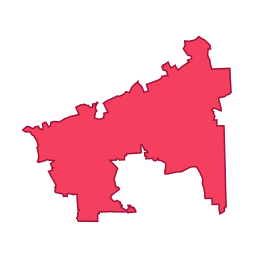 Laucienes pag., Talsi, Latvia, rotated 5°
{"feature_id": "27541924B31657223934984", "entity_name": "Laucienes pag.", "entity_type": "district", "adm_level": 2, "iso_a3": "LVA", "parent_name": "Latvia", "parent_adm1": "Talsi", "projection": "albers", "projection_center": [22.805, 57.249], "detail": "fine", "context": "isolated", "style": "filled", "palette": "rose", "viewbox_px": 256, "rotation_deg": 5, "n_neighbors": 0, "source": "geoboundaries", "source_scale": "gbopen_adm2", "svg_char_len": 5805}
<svg xmlns="http://www.w3.org/2000/svg" viewBox="0 0 256 256"><g transform="rotate(5 128 128)"><path d="M23.4,139.0L24.0,139.6L25.3,140.5L26.1,140.7L27.7,140.7L29.0,140.5L29.8,140.5L30.5,140.6L31.3,141.0L31.8,141.4L32.4,142.6L32.8,143.0L33.3,143.3L34.6,143.9L35.3,144.4L36.1,145.9L38.0,148.2L38.8,149.8L39.6,152.3L40.3,153.5L39.0,155.7L39.5,156.5L41.3,162.6L41.4,163.9L41.6,164.6L41.5,166.5L41.0,168.2L40.7,169.4L42.0,170.1L49.0,167.4L50.4,166.4L52.5,167.0L54.8,166.8L57.0,167.0L56.2,167.8L53.9,170.5L54.2,171.0L54.6,171.8L55.3,173.1L55.6,173.5L56.8,174.0L56.3,174.6L55.9,174.8L55.8,175.3L56.5,176.6L53.7,177.7L52.6,178.0L55.6,182.9L58.8,187.4L61.6,192.0L60.5,192.8L60.6,193.9L60.9,195.3L60.8,197.0L60.7,197.4L61.4,198.5L67.1,199.1L67.5,199.0L68.3,199.6L69.7,199.9L70.0,200.8L69.4,201.4L69.6,201.8L71.5,201.4L73.4,201.4L73.1,199.0L75.1,198.4L78.0,198.8L79.7,199.3L80.5,198.4L83.0,198.8L83.7,204.0L85.3,213.9L86.5,213.7L85.4,216.8L85.5,221.2L84.8,222.2L86.7,225.1L105.9,223.7L105.3,216.2L105.5,216.0L106.9,215.7L106.9,215.4L106.4,214.4L107.1,213.8L108.7,213.7L109.4,214.3L109.9,213.5L111.4,213.6L113.8,213.4L117.6,212.8L123.0,212.6L134.3,211.7L135.0,211.7L135.4,212.5L136.6,212.0L137.5,211.8L143.1,211.0L142.6,209.2L142.0,208.8L141.6,207.7L140.9,207.6L140.7,207.5L140.8,207.0L140.6,206.9L140.5,207.1L140.3,206.9L140.2,207.1L139.8,207.0L139.8,206.9L139.5,207.0L139.4,207.0L139.5,206.9L139.4,206.9L139.3,207.0L139.0,206.9L139.0,206.6L138.5,206.5L138.5,206.3L138.4,206.2L138.1,206.2L137.9,206.1L137.5,206.0L137.5,205.9L137.4,205.9L137.5,205.6L137.4,205.5L137.2,205.5L136.8,205.4L136.8,205.2L136.5,205.5L136.3,205.3L136.2,205.4L135.9,205.3L135.9,205.0L135.7,205.0L135.8,205.1L135.7,205.3L135.5,205.2L135.3,205.3L135.2,205.1L134.7,205.2L135.3,205.9L135.4,208.2L134.1,209.8L132.6,209.9L127.7,207.2L127.8,207.2L128.0,206.8L128.0,206.7L128.4,206.7L128.8,206.4L128.7,206.3L129.0,206.1L129.0,205.8L126.6,203.7L127.1,203.0L126.1,202.3L124.1,201.4L123.7,201.1L120.5,202.5L119.5,201.9L117.3,199.6L116.9,198.5L117.2,196.8L120.5,193.6L124.8,189.8L124.4,189.2L124.4,188.9L124.2,188.6L123.6,187.8L121.2,188.1L118.5,179.5L118.8,178.9L121.1,169.3L121.2,169.1L112.8,161.8L119.0,161.0L119.1,159.7L119.9,159.6L120.8,159.6L121.7,160.0L121.9,160.6L127.2,160.0L127.2,156.0L128.9,155.5L128.7,153.9L141.6,151.9L142.8,151.6L143.4,151.1L143.3,149.9L143.1,149.9L142.7,147.4L142.7,147.0L142.1,144.0L143.4,143.4L145.4,147.0L146.1,147.0L146.4,148.6L148.2,148.3L148.7,149.3L149.3,149.6L149.7,150.0L150.0,150.6L146.7,151.1L147.2,154.4L148.6,154.3L148.8,154.8L148.4,156.9L148.5,157.1L155.4,156.2L156.2,158.0L157.1,158.3L158.7,158.1L160.3,156.2L160.2,155.5L160.7,155.5L161.2,157.5L163.2,157.4L166.0,158.6L166.5,158.7L167.7,159.2L169.0,160.6L168.9,161.4L168.9,163.5L168.8,166.3L168.4,166.9L168.5,168.2L168.8,168.6L168.8,170.5L172.4,170.1L174.1,169.4L180.2,167.6L185.4,166.8L192.9,161.9L194.9,161.1L198.8,160.7L199.9,160.8L200.2,161.6L200.5,161.9L201.4,163.0L203.6,166.2L205.1,169.0L205.8,169.9L206.8,172.0L207.0,173.1L207.0,173.7L206.9,175.0L206.9,176.5L207.0,177.0L207.7,178.8L208.2,179.7L208.9,181.3L209.5,183.9L210.0,185.6L210.4,187.3L210.3,189.1L211.0,191.5L217.8,190.8L218.5,196.9L225.3,196.1L226.0,202.3L226.3,202.4L226.9,205.4L229.4,204.1L229.7,203.5L231.2,202.6L231.1,201.2L231.3,200.4L230.7,199.5L231.4,198.8L231.9,198.7L231.9,197.5L232.6,197.6L231.3,186.4L231.1,185.2L228.2,159.2L223.4,117.4L216.4,118.2L216.0,114.1L215.9,114.0L215.8,112.2L212.6,112.6L213.5,109.0L211.6,105.4L212.0,104.5L211.2,104.0L210.0,103.4L210.5,101.5L212.9,100.8L219.2,102.9L219.4,101.5L216.7,93.8L216.5,93.6L216.6,93.4L216.0,91.8L215.6,90.4L215.9,90.0L216.6,89.7L216.9,89.7L221.7,88.3L223.0,86.5L225.8,85.7L226.8,84.5L227.6,83.7L225.8,71.0L225.7,70.9L225.2,67.1L224.9,65.0L225.0,64.9L224.2,59.7L206.4,62.0L204.3,56.8L203.6,53.2L201.1,49.0L200.9,44.8L201.1,42.5L203.4,42.0L203.1,41.0L202.6,39.0L202.5,38.6L202.3,38.2L201.4,37.6L201.5,37.5L196.3,33.5L192.5,31.9L191.2,31.0L190.9,30.9L190.1,31.0L189.9,31.7L189.3,32.5L187.3,34.2L186.4,34.7L181.8,36.1L180.5,36.3L176.9,36.3L177.0,37.8L177.5,38.9L177.7,39.3L177.7,39.9L177.2,42.1L176.2,44.3L181.1,50.0L182.1,50.5L182.7,50.3L184.0,50.6L184.8,51.3L185.3,52.2L185.2,52.8L184.3,54.1L183.3,54.4L181.4,55.1L181.8,55.9L183.2,57.1L182.9,57.4L182.2,57.5L177.3,61.4L174.9,63.9L172.9,65.8L171.5,64.3L170.8,64.0L170.7,63.8L170.6,63.2L169.7,61.4L165.5,64.4L162.1,58.8L160.2,60.6L157.4,62.4L157.9,62.8L156.4,64.1L158.1,67.3L160.7,67.5L161.4,68.1L162.5,70.5L162.8,71.5L162.7,71.5L163.1,72.2L157.5,73.5L156.7,75.6L156.8,75.7L153.9,77.7L149.1,80.0L142.6,83.0L144.6,87.9L145.2,89.3L140.8,91.0L140.3,89.9L139.9,88.8L138.8,87.0L138.2,85.7L137.0,84.5L134.7,82.9L134.2,82.0L134.1,81.1L133.9,80.7L133.8,81.0L130.9,83.8L130.1,84.9L129.2,85.6L128.1,87.6L127.6,89.0L127.2,89.7L126.8,91.5L126.4,92.6L122.7,92.0L122.2,93.1L120.4,95.1L116.7,97.1L114.3,97.1L112.6,98.3L104.0,103.2L102.0,104.8L101.3,105.5L101.6,105.6L106.6,114.2L102.7,115.3L103.1,117.5L102.7,118.5L102.6,119.9L102.8,120.2L98.8,121.9L93.7,120.9L94.2,115.6L94.7,114.5L95.5,113.5L94.4,112.7L94.3,112.2L94.1,111.5L93.8,109.5L93.9,108.4L94.2,108.6L95.6,105.3L95.1,105.0L94.4,105.6L93.7,106.6L93.4,107.2L91.6,106.7L91.4,106.8L90.9,107.3L90.7,108.3L91.2,109.7L90.2,110.8L88.2,110.4L87.6,110.4L86.5,109.2L86.4,108.9L85.6,109.2L82.6,108.2L82.2,108.4L81.4,108.3L81.1,109.1L79.0,109.0L74.3,111.8L74.5,112.3L75.3,114.0L77.3,117.5L78.1,118.6L77.9,118.9L68.4,122.0L67.1,123.0L64.4,124.2L64.2,124.1L61.2,126.6L58.8,128.0L53.9,127.9L53.4,128.0L51.8,128.9L50.8,128.9L50.6,132.5L50.0,132.8L49.1,133.5L48.6,133.7L45.8,129.5L44.4,129.8L42.9,130.8L42.3,131.4L43.5,135.0L42.6,137.2L41.1,136.7L39.3,135.6L38.8,134.2L37.6,134.3L35.6,134.8L34.3,136.1L33.8,136.8L33.3,136.8L30.9,136.1L29.5,135.3L27.8,135.3L26.7,135.6L26.8,135.8L23.4,139.0Z" fill="#f43f5e" stroke="#9f1239" stroke-width="1.5"/></g></svg>